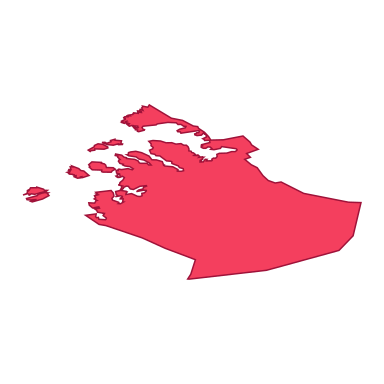 Osen nor, Sør-Trøndelag, Norway
{"feature_id": "86288312B40278854732862", "entity_name": "Osen nor", "entity_type": "district", "adm_level": 2, "iso_a3": "NOR", "parent_name": "Norway", "parent_adm1": "Sør-Trøndelag", "projection": "natural_earth1", "projection_center": [10.507, 64.296], "detail": "fine", "context": "isolated", "style": "filled", "palette": "rose", "viewbox_px": 384, "rotation_deg": 0, "n_neighbors": 0, "source": "geoboundaries", "source_scale": "gbopen_adm2", "svg_char_len": 6020}
<svg xmlns="http://www.w3.org/2000/svg" viewBox="0 0 384 384"><path d="M361.0,202.6L348.5,202.2L303.7,193.4L281.1,182.0L275.2,183.0L268.2,180.5L262.9,175.6L257.2,167.7L251.2,164.7L244.7,159.3L250.4,157.3L246.6,153.5L258.2,149.3L251.6,144.9L250.0,142.1L243.0,136.0L223.3,139.8L210.8,140.1L208.6,136.6L204.4,132.2L198.6,128.4L197.7,126.6L193.3,126.0L182.6,120.4L171.4,118.2L149.3,104.9L147.8,107.2L142.5,106.1L142.8,106.8L141.7,107.9L142.9,110.3L140.2,109.3L139.6,110.6L140.2,111.1L137.5,110.9L137.7,111.8L141.3,111.6L141.5,112.5L139.2,112.2L138.3,112.6L138.3,113.4L134.1,112.9L134.4,113.3L132.9,113.8L132.8,114.5L128.9,115.1L129.8,115.8L126.8,115.8L126.5,116.3L128.8,116.8L124.9,116.7L123.7,117.6L124.0,118.2L125.9,118.6L124.6,118.7L125.1,119.4L120.8,121.5L122.6,121.4L122.2,122.1L123.8,122.3L122.3,122.7L124.4,123.4L125.3,122.8L125.3,121.6L126.5,121.3L126.2,121.8L126.8,122.0L125.8,122.3L126.3,123.5L129.3,123.7L128.5,124.8L127.6,124.8L129.3,126.2L131.8,125.5L133.7,125.6L132.7,125.9L133.8,126.7L134.7,126.4L134.4,125.9L137.7,126.1L137.6,126.8L138.3,127.3L137.7,128.0L133.2,126.9L134.6,128.6L135.8,128.4L135.5,129.8L137.6,130.0L137.4,131.3L138.7,131.7L144.3,130.2L144.5,129.6L143.3,129.5L142.0,127.5L143.1,126.2L156.1,124.9L157.3,123.9L167.9,122.4L176.3,122.8L178.0,124.5L181.0,124.4L183.6,126.2L186.0,126.4L185.3,127.8L179.6,129.2L177.1,130.7L177.7,131.7L180.4,131.9L180.9,133.2L198.4,130.6L199.4,131.0L198.8,132.7L196.5,132.8L196.2,133.6L194.7,133.9L194.8,134.8L197.0,135.6L201.5,135.1L203.4,133.0L204.1,133.1L204.5,134.2L205.7,134.1L206.5,137.0L202.8,138.7L204.0,139.3L204.6,140.5L208.8,140.3L209.6,140.9L209.9,142.5L201.5,144.7L201.3,145.2L202.5,145.9L201.2,146.5L201.2,147.3L203.3,148.3L205.8,148.3L207.9,146.9L210.3,147.1L211.8,148.4L210.7,149.3L214.0,149.7L220.4,148.4L221.7,146.6L236.0,148.7L237.0,149.5L236.9,150.3L235.2,151.6L231.6,151.6L226.8,153.1L219.3,153.3L216.8,154.4L217.2,156.5L215.7,158.2L213.4,158.1L211.8,159.2L212.2,160.3L211.7,160.8L206.6,160.9L207.0,160.4L206.1,159.9L206.7,159.4L205.2,159.3L203.3,161.9L200.0,162.0L200.1,160.5L201.3,160.5L201.2,159.8L202.5,159.4L202.2,158.8L203.5,157.5L202.6,157.7L202.6,156.8L199.0,157.3L199.8,156.6L197.9,154.9L197.3,155.1L197.6,155.6L194.0,155.4L195.3,154.4L193.5,152.9L191.7,152.5L191.2,151.3L188.8,150.8L189.0,149.1L188.2,146.9L186.4,145.2L183.7,145.2L181.0,143.6L175.9,144.1L171.8,142.7L166.1,142.8L160.5,141.0L153.0,140.5L148.8,141.3L151.2,143.9L151.0,145.7L153.2,147.4L152.7,148.8L149.5,150.2L151.0,153.6L154.8,154.3L156.0,155.7L159.8,155.9L166.5,160.9L171.0,161.3L171.9,161.9L171.7,163.1L172.2,163.6L178.3,165.9L179.4,167.6L183.2,168.6L183.6,170.7L181.3,171.3L176.6,171.1L178.1,170.7L178.0,169.6L172.9,166.8L164.8,166.0L163.9,165.5L164.2,165.0L163.6,165.0L162.3,161.6L156.4,159.9L151.9,159.8L149.1,156.1L141.7,152.7L135.8,151.3L130.7,151.9L128.5,152.6L128.1,154.8L127.0,154.8L128.7,155.8L136.1,156.9L139.1,159.1L143.8,160.0L149.2,162.8L151.1,165.0L148.7,165.0L147.0,163.3L140.4,163.3L139.2,162.8L138.2,161.0L134.8,159.4L126.5,158.5L126.5,157.7L123.9,157.1L121.8,155.2L115.6,154.0L115.2,155.5L117.9,156.2L117.7,157.2L119.9,159.4L119.3,159.4L118.4,161.2L119.9,163.4L123.3,164.3L122.8,165.0L125.0,166.0L129.8,166.6L133.3,168.8L132.3,169.8L127.9,168.6L121.5,169.6L118.9,169.1L118.0,169.6L118.2,170.6L116.1,170.6L116.6,173.1L118.5,173.6L116.8,175.1L119.6,174.1L120.1,176.3L120.7,176.4L119.7,177.2L118.5,177.2L117.4,175.8L115.9,176.1L116.3,176.6L117.9,177.5L120.0,177.3L122.5,176.3L124.4,177.6L122.8,180.2L120.0,182.5L119.4,184.7L118.2,184.9L122.3,186.0L121.6,186.3L121.5,187.9L120.2,190.1L121.3,190.1L123.4,188.4L123.3,187.6L126.3,186.1L128.3,186.3L130.3,188.9L133.4,189.5L139.9,186.3L146.4,185.6L146.6,186.1L143.6,187.2L142.9,189.0L138.7,190.0L136.5,191.6L143.5,190.2L146.3,190.4L146.2,191.1L144.5,192.8L141.8,193.4L142.1,195.7L140.2,196.5L137.5,196.3L131.6,193.6L125.9,194.5L126.3,192.7L127.2,191.9L126.3,191.3L120.6,190.4L115.6,191.5L116.2,194.5L118.2,195.9L115.3,196.7L120.5,195.8L122.4,196.4L122.4,197.2L120.4,198.1L120.2,198.9L123.2,198.9L122.6,201.9L123.5,202.0L120.4,203.8L118.4,203.6L119.1,203.1L118.7,202.3L112.5,200.1L111.9,198.4L114.0,196.2L113.3,193.0L111.1,190.5L95.8,192.3L97.3,193.7L96.2,194.0L98.0,194.8L94.5,195.8L95.7,198.0L94.2,198.9L96.9,200.4L96.0,200.6L94.7,203.1L88.8,202.8L89.3,205.2L92.6,208.0L98.8,206.8L99.5,208.2L94.7,208.9L96.7,210.3L97.5,212.2L103.8,213.3L103.3,213.6L104.2,214.0L103.1,215.6L106.3,218.0L106.3,218.7L105.5,219.7L98.9,219.3L98.4,217.4L96.7,217.7L95.6,216.7L96.2,213.9L85.6,215.3L99.0,224.4L105.9,225.6L142.2,237.9L165.2,248.3L195.4,259.7L190.8,274.2L187.7,279.0L189.3,279.1L266.4,270.3L339.0,250.4L353.1,235.8L361.0,202.6ZM43.6,189.2L36.8,187.1L36.8,187.7L30.5,187.8L29.7,189.3L27.8,190.3L28.6,190.7L27.4,191.5L27.0,193.5L23.0,195.0L27.6,193.7L29.9,194.4L28.4,194.9L29.6,195.1L31.2,193.8L34.7,194.3L39.6,193.0L40.1,193.8L38.3,194.3L37.4,195.6L26.5,198.5L27.0,199.7L30.0,200.0L36.6,199.5L30.9,201.4L32.3,201.9L42.6,199.0L49.0,195.6L47.3,193.4L48.2,192.9L44.7,192.6L40.2,193.6L39.9,192.8L46.2,191.4L47.4,190.4L44.4,190.3L43.6,189.2ZM101.5,162.4L91.9,161.9L88.7,164.7L89.9,166.4L89.2,167.1L92.2,169.8L101.8,170.1L101.6,171.6L102.9,172.1L111.3,172.2L112.2,170.9L115.3,169.2L113.2,167.7L106.4,167.5L105.7,165.1L104.4,163.9L100.6,163.0L101.8,162.9L101.5,162.4ZM78.8,168.6L72.0,166.0L72.6,166.9L70.2,166.8L71.0,169.5L68.9,169.5L68.5,170.3L70.3,170.7L70.0,171.4L67.3,172.3L69.3,173.0L68.7,173.5L69.3,174.1L73.2,174.4L72.3,174.7L74.1,174.8L74.0,175.8L76.1,175.6L76.1,176.8L75.0,177.1L77.5,178.2L80.2,177.9L80.3,176.9L81.8,176.7L81.4,177.7L82.6,177.6L89.0,175.5L83.8,171.0L80.8,170.5L78.8,168.6ZM107.7,146.9L102.8,144.4L98.0,143.8L94.4,145.5L94.3,146.7L88.2,150.1L90.2,151.5L90.9,150.7L94.8,150.2L94.8,148.9L104.1,149.2L107.9,147.9L107.7,146.9ZM120.8,143.7L121.5,140.8L115.0,140.2L115.0,139.2L110.5,140.5L111.0,141.7L106.8,143.3L105.0,142.3L102.0,142.4L107.3,144.6L113.3,145.2L118.1,143.9L119.6,143.8L117.8,144.3L118.4,144.7L122.4,144.5L122.6,144.0L120.8,143.7Z" fill="#f43f5e" stroke="#9f1239" stroke-width="1.5"/></svg>